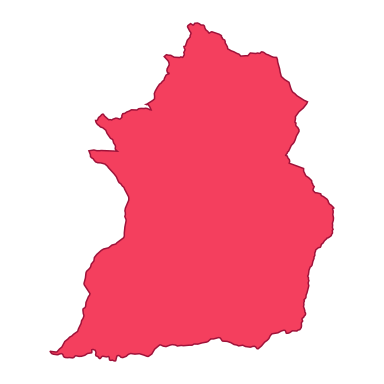 Pucara, Azuay, Ecuador
{"feature_id": "8360857B91188181337605", "entity_name": "Pucara", "entity_type": "district", "adm_level": 2, "iso_a3": "ECU", "parent_name": "Ecuador", "parent_adm1": "Azuay", "projection": "mercator", "projection_center": [-79.542, -3.174], "detail": "fine", "context": "isolated", "style": "filled", "palette": "rose", "viewbox_px": 384, "rotation_deg": 0, "n_neighbors": 0, "source": "geoboundaries", "source_scale": "gbopen_adm2", "svg_char_len": 5930}
<svg xmlns="http://www.w3.org/2000/svg" viewBox="0 0 384 384"><path d="M88.9,150.8L90.4,154.6L90.5,156.7L92.0,158.1L93.3,158.8L93.9,159.9L95.6,161.9L97.6,162.7L100.8,162.9L104.9,164.0L107.8,166.5L108.2,167.4L113.9,173.6L116.3,176.7L118.4,181.5L119.1,182.6L120.9,183.9L122.5,186.2L123.5,186.9L124.1,187.7L124.6,189.1L128.6,196.8L128.8,198.4L128.7,200.3L125.4,208.1L124.9,210.9L125.3,212.4L125.4,214.6L124.8,216.5L126.0,219.4L126.1,220.8L124.9,226.9L124.3,232.9L124.3,236.1L123.7,237.7L117.0,242.7L115.8,244.0L111.9,245.1L108.6,247.8L103.6,249.0L101.4,250.3L96.8,254.4L94.4,257.5L93.9,260.9L91.3,264.1L90.6,266.9L89.6,268.4L86.6,271.3L86.0,272.8L85.4,278.1L84.0,283.3L84.2,284.7L90.0,293.6L89.6,295.1L88.5,296.5L86.0,302.4L85.6,306.5L84.8,307.8L83.3,308.6L83.1,309.0L82.9,309.9L83.3,313.5L83.9,315.4L83.8,316.3L83.0,318.5L81.6,320.6L81.1,323.4L78.4,329.0L77.8,331.0L77.5,331.5L73.6,334.2L71.8,336.0L69.7,337.1L67.8,339.1L64.8,341.5L61.9,347.0L59.4,349.1L57.0,351.9L55.6,352.0L50.4,351.3L50.2,351.6L51.6,353.5L53.3,354.2L56.8,354.7L58.0,354.7L59.5,354.0L61.3,353.6L62.3,354.0L62.9,354.6L63.3,355.9L64.2,357.1L65.3,357.5L67.6,357.7L69.3,357.5L72.5,357.9L73.8,357.5L74.9,356.2L75.8,355.7L78.9,356.4L81.4,356.3L84.8,355.3L87.5,353.5L91.6,352.8L91.9,352.1L91.7,349.8L93.0,349.4L95.3,350.3L96.0,352.8L95.6,354.5L95.8,355.4L96.0,355.8L97.9,356.6L99.2,358.3L99.8,358.6L100.4,358.4L101.8,356.6L102.8,356.2L106.4,356.9L108.4,356.5L109.2,357.3L109.5,359.8L109.8,360.1L110.8,360.4L112.4,360.1L113.9,360.8L115.1,361.0L115.7,360.7L116.8,356.4L117.3,355.7L118.7,355.5L119.6,355.9L121.0,357.3L122.8,357.6L126.2,356.3L128.4,354.3L130.7,353.5L134.9,354.1L139.4,353.7L143.6,355.0L147.3,356.4L148.4,356.4L151.8,354.0L154.6,349.2L159.6,345.0L160.6,344.9L163.2,346.1L166.0,346.6L170.4,345.0L172.3,344.6L175.4,345.0L177.4,346.0L181.2,345.4L183.5,345.7L189.3,345.2L192.0,345.2L194.2,344.0L197.9,344.1L202.0,342.9L206.5,342.1L208.0,341.5L210.7,339.0L213.7,338.9L218.5,337.6L219.3,337.7L220.4,338.1L222.1,340.7L222.7,341.1L227.2,341.4L230.8,342.6L234.0,344.5L236.7,345.0L238.7,345.9L242.7,345.2L245.4,346.5L249.8,347.1L250.8,347.1L252.7,346.4L254.4,346.3L255.6,346.8L257.1,348.7L258.1,348.8L261.5,345.9L264.6,342.2L267.1,340.4L268.8,338.7L270.3,335.6L272.0,333.8L278.0,332.8L281.3,331.0L284.0,330.2L285.1,330.5L285.7,331.5L286.2,333.1L286.6,333.3L288.1,333.2L289.6,332.7L292.4,330.8L296.9,331.0L298.2,330.0L299.7,329.7L300.0,329.4L301.2,327.6L301.5,326.0L301.4,322.9L301.6,322.4L302.6,321.3L302.6,320.7L302.0,319.3L302.2,318.3L303.6,317.4L304.0,316.4L305.2,315.1L305.6,314.0L305.5,313.0L304.8,311.9L304.8,310.8L304.4,309.2L303.5,306.6L303.9,304.5L303.7,302.9L304.4,300.9L304.0,300.0L304.1,299.6L305.4,298.4L305.9,297.6L306.1,295.0L307.0,292.8L308.8,285.7L308.1,283.0L308.9,280.6L308.4,279.2L308.5,277.7L307.7,276.3L307.7,275.8L308.4,274.8L309.0,270.2L310.2,267.0L311.1,266.4L312.0,265.2L312.9,261.3L314.0,258.5L314.0,256.9L314.8,255.6L314.8,252.7L315.3,251.8L315.8,249.8L318.4,247.7L320.2,247.3L320.7,246.7L321.4,244.3L322.9,243.2L324.5,240.7L326.6,238.8L327.0,238.1L328.2,237.8L330.6,236.2L331.3,235.5L331.6,234.4L332.5,233.0L332.3,230.4L333.1,229.5L332.4,227.5L332.6,225.3L332.4,223.3L333.3,220.3L333.5,217.9L332.8,214.7L333.2,212.1L333.1,210.6L332.5,208.9L332.9,208.4L333.8,208.1L333.7,207.7L331.1,205.1L329.5,204.1L328.4,202.2L328.2,201.1L327.1,199.3L323.5,196.6L321.3,195.6L320.7,193.8L317.1,192.9L315.2,192.7L313.4,190.9L313.0,190.0L313.0,189.5L314.2,186.6L313.1,185.4L312.6,183.8L311.9,182.8L311.6,180.6L308.8,177.8L305.8,175.8L303.6,171.2L303.6,168.5L289.2,163.2L289.7,161.2L289.3,159.6L287.8,157.8L287.3,156.1L285.7,155.4L285.9,154.8L287.2,153.2L287.5,152.0L288.4,151.4L288.8,150.8L291.3,145.4L293.3,143.3L294.1,142.2L295.0,140.3L296.4,136.1L299.0,131.5L299.0,129.8L297.8,127.6L296.1,126.0L295.7,124.9L296.0,123.2L295.8,122.8L295.1,122.6L294.9,122.0L295.5,118.6L295.4,116.7L298.9,111.8L303.3,108.0L306.7,103.7L307.5,101.8L304.1,100.3L297.0,95.8L294.6,93.4L293.0,92.4L291.8,90.7L290.7,88.0L289.0,82.3L284.7,79.6L281.3,76.5L280.1,72.0L279.6,68.9L277.7,62.1L277.4,59.5L276.6,57.4L273.7,57.3L271.7,56.6L268.1,54.8L266.4,54.3L263.6,52.3L261.8,51.8L261.1,52.1L260.1,53.2L259.3,53.4L257.6,53.0L255.8,53.5L250.3,53.0L247.8,55.8L246.0,55.7L240.7,56.1L239.3,54.4L238.6,54.0L236.9,53.4L233.7,51.7L231.2,50.8L227.7,48.8L227.4,46.8L225.1,42.7L225.2,41.6L224.7,40.1L222.5,38.8L222.2,37.7L221.4,36.8L221.5,35.9L221.1,35.4L219.1,34.2L212.0,31.8L211.5,31.8L210.1,32.5L209.4,33.1L208.7,32.9L207.9,31.5L205.9,29.9L204.9,28.1L204.5,26.3L204.0,25.5L203.1,25.0L201.9,25.1L200.9,24.9L199.2,23.7L197.5,23.0L194.7,23.3L193.6,24.9L193.0,25.1L190.6,23.6L187.9,25.6L187.5,26.8L189.8,31.2L190.7,32.3L191.0,33.5L190.1,35.7L190.2,36.9L187.3,40.3L185.5,45.7L185.1,46.2L183.9,46.5L184.3,48.1L185.0,49.4L185.0,50.0L183.8,52.5L184.2,53.8L184.2,54.9L183.0,57.0L182.5,57.4L180.9,56.9L179.6,57.5L174.1,57.2L170.8,55.3L168.5,55.2L166.4,54.7L164.2,56.6L168.1,60.8L169.0,62.8L169.2,64.9L167.1,68.9L166.9,70.8L167.5,72.5L168.9,73.1L169.0,73.7L168.7,74.0L167.5,74.2L166.1,75.1L164.5,78.2L164.0,80.1L162.3,81.5L161.0,83.2L159.5,84.2L157.4,87.3L155.3,91.0L154.3,93.6L154.6,96.5L154.5,98.9L152.8,100.4L146.6,104.3L146.2,104.4L146.9,104.7L147.7,104.4L148.3,104.8L150.0,107.3L151.1,109.9L149.9,109.7L147.3,108.5L145.7,108.2L144.0,108.5L141.1,108.4L138.8,108.7L137.1,109.9L136.5,110.0L131.4,109.8L129.4,111.0L126.7,112.0L124.9,113.3L122.8,113.7L121.9,115.4L121.8,117.5L119.9,119.1L119.5,119.1L117.7,118.4L115.9,118.1L112.9,119.2L111.7,120.0L110.2,119.6L108.6,119.7L104.5,116.0L103.4,114.3L102.8,114.1L101.7,114.6L100.2,116.3L98.6,117.5L97.5,120.0L96.5,120.6L95.6,120.5L95.9,121.9L96.8,123.6L98.1,125.0L98.6,125.2L100.5,127.0L102.7,127.7L105.8,130.2L107.1,133.4L110.3,138.0L110.6,138.4L112.3,139.3L112.8,139.8L113.6,142.9L115.2,145.3L115.5,146.3L115.2,148.9L115.7,149.7L117.3,151.2L100.9,150.5L100.1,150.7L96.8,150.7L93.9,150.0L88.9,150.8Z" fill="#f43f5e" stroke="#9f1239" stroke-width="1.5"/></svg>